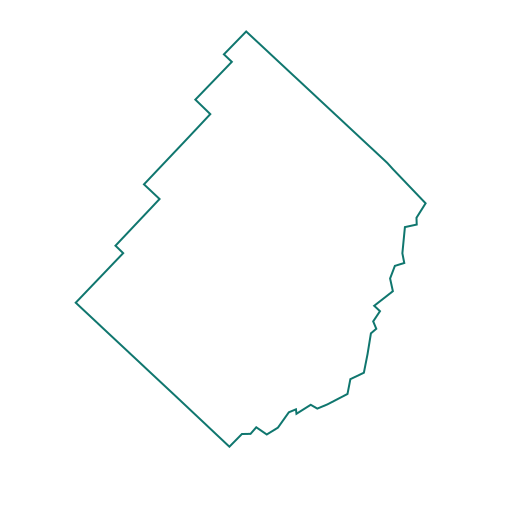 Butler, Missouri, United States of America (Natural Earth projection), rotated 43°
{"feature_id": "52423323B14076853941124", "entity_name": "Butler", "entity_type": "district", "adm_level": 2, "iso_a3": "USA", "parent_name": "United States of America", "parent_adm1": "Missouri", "projection": "natural_earth1", "projection_center": [-90.333, 36.712], "detail": "fine", "context": "isolated", "style": "outline", "palette": "teal", "viewbox_px": 512, "rotation_deg": 43, "n_neighbors": 0, "source": "geoboundaries", "source_scale": "gbopen_adm2", "svg_char_len": 748}
<svg xmlns="http://www.w3.org/2000/svg" viewBox="0 0 512 512"><g transform="rotate(43 256 256)"><path d="M156.0,413.1L201.1,413.2L204.1,413.2L204.4,413.2L296.0,413.3L361.8,413.6L366.6,413.6L367.1,395.8L373.3,389.8L373.0,381.1L385.6,379.2L389.1,366.6L386.6,347.9L389.8,340.9L393.2,343.8L397.5,327.5L404.9,325.8L409.4,315.9L417.0,294.5L409.0,281.7L414.5,267.8L404.5,251.7L392.8,234.2L393.6,227.2L386.3,223.9L384.3,211.8L376.4,211.8L380.1,188.4L369.4,181.0L364.3,168.5L369.2,160.0L361.2,154.2L345.2,133.3L352.1,123.4L347.3,118.6L344.1,101.8L296.9,99.1L288.5,98.4L95.7,98.5L95.0,130.4L105.9,130.5L105.0,183.0L125.8,183.4L125.7,216.1L125.2,280.0L146.6,280.1L146.2,344.3L156.9,344.5L156.0,413.1Z" fill="none" stroke="#0f766e" stroke-width="2"/></g></svg>